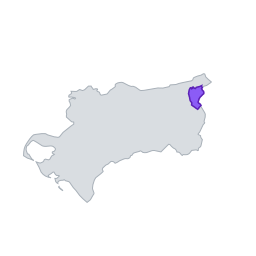 Dostluk, Chardzhou, Turkmenistan shown in context, rotated 313°
{"feature_id": "10190150B13703090222147", "entity_name": "Dostluk", "entity_type": "district", "adm_level": 2, "iso_a3": "TKM", "parent_name": "Turkmenistan", "parent_adm1": "Chardzhou", "projection": "albers", "projection_center": [65.017, 37.433], "detail": "fine", "context": "in_parent", "style": "filled", "palette": "violet", "viewbox_px": 256, "rotation_deg": 313, "n_neighbors": 0, "source": "geoboundaries", "source_scale": "gbopen_adm2", "svg_char_len": 4728}
<svg xmlns="http://www.w3.org/2000/svg" viewBox="0 0 256 256"><g transform="rotate(313 128 128)"><path d="M80.5,83.5L90.7,85.0L93.8,85.7L95.3,84.3L95.2,84.0L94.8,83.6L94.1,82.5L94.0,75.5L95.0,74.5L96.1,73.9L97.7,71.8L98.6,71.2L99.8,70.8L103.7,70.9L105.4,70.6L107.0,68.3L107.4,66.8L108.5,65.7L109.1,65.8L111.7,67.0L112.2,67.5L113.0,69.4L114.0,69.4L114.1,69.1L114.1,68.7L113.4,67.5L111.9,65.3L110.4,63.9L110.3,63.4L111.7,62.5L114.4,63.1L115.2,62.9L116.0,61.3L119.4,65.2L120.1,65.6L123.0,66.3L123.4,66.9L124.3,69.1L125.3,69.7L126.5,70.2L131.7,70.5L133.2,72.1L133.5,72.4L133.1,73.4L132.9,75.4L132.5,76.1L132.7,76.5L134.5,77.4L135.6,78.7L135.6,79.2L135.3,79.6L134.4,79.4L134.0,79.9L133.9,80.9L134.5,81.9L134.6,82.8L133.6,84.8L133.6,85.6L133.8,86.1L138.4,89.4L139.2,89.5L143.8,89.2L144.7,89.6L148.7,90.4L149.8,90.4L150.6,89.4L151.3,89.0L152.0,89.1L153.9,89.7L155.9,91.1L157.2,92.4L157.8,93.5L159.5,99.5L160.6,102.0L162.0,103.3L163.0,105.7L163.7,110.8L164.2,111.9L166.4,114.0L177.6,122.5L181.0,126.3L186.3,129.9L188.3,129.5L192.5,133.4L195.2,134.8L198.6,137.1L205.9,142.3L207.5,142.5L209.2,141.7L210.8,142.2L213.5,143.5L216.5,145.4L219.0,146.1L219.7,146.9L219.8,147.4L218.4,150.0L218.3,153.2L218.5,157.5L217.8,157.6L212.8,156.5L208.1,153.8L206.9,154.7L206.4,155.6L205.2,159.4L198.8,159.6L195.0,161.4L191.5,173.6L190.8,175.1L188.6,177.0L184.9,179.0L184.3,179.7L184.2,180.5L183.7,180.7L181.7,180.7L173.8,183.2L172.1,183.2L171.4,183.4L171.1,183.8L171.9,186.3L171.2,187.0L170.6,188.2L170.2,190.3L164.9,193.4L163.8,193.8L161.8,193.4L160.7,193.7L159.5,194.7L159.0,194.4L158.8,193.4L158.3,192.6L155.1,189.9L151.4,190.2L150.0,189.9L148.9,189.4L147.3,187.9L146.2,186.4L145.1,186.5L144.8,185.8L144.8,185.0L145.1,184.0L145.1,182.2L144.5,180.9L143.8,180.3L144.7,178.2L144.8,176.6L144.3,174.9L144.2,172.4L144.5,170.0L143.8,168.8L133.0,168.4L129.5,162.6L128.0,161.1L122.8,158.4L121.4,157.1L120.3,155.6L120.1,153.7L119.6,152.5L118.7,152.3L114.7,149.8L113.1,149.1L110.8,149.5L109.5,148.8L107.9,149.5L107.2,149.5L105.5,148.9L103.6,146.7L101.9,145.8L98.3,144.2L95.8,143.6L93.6,142.7L93.4,142.4L93.5,140.6L93.2,139.9L92.6,139.0L91.8,138.3L87.9,138.0L86.2,137.2L84.7,137.0L81.6,136.8L80.6,137.2L80.0,137.7L79.4,139.3L79.1,139.5L76.1,139.3L69.7,138.3L67.0,138.9L62.6,141.0L60.0,142.9L59.2,143.7L57.3,147.4L56.7,147.9L55.8,148.2L55.0,148.2L51.0,149.2L49.5,149.4L45.7,148.8L45.5,143.1L45.7,138.6L46.8,132.6L47.1,128.6L48.4,122.7L48.4,121.2L46.8,118.3L46.7,116.5L45.6,116.2L43.9,114.5L42.1,113.6L41.2,113.5L40.3,113.8L39.6,114.6L39.3,113.2L39.5,111.7L41.3,108.9L42.1,109.9L43.2,110.4L46.1,110.5L45.9,109.5L44.6,108.2L44.5,106.8L44.8,105.4L45.3,104.1L44.9,103.5L44.3,103.1L42.8,103.0L38.9,102.0L38.2,103.5L39.1,105.7L37.6,103.1L36.6,100.5L36.2,97.6L36.5,94.5L38.6,89.8L40.6,83.9L41.8,86.7L42.8,87.9L45.1,88.9L46.3,88.9L47.7,88.4L48.9,88.8L50.5,91.6L51.8,92.1L54.8,91.4L56.2,91.3L57.3,91.9L58.5,92.1L58.1,90.8L58.1,89.6L58.9,89.0L61.0,90.0L62.9,89.5L63.3,89.2L63.5,88.2L63.5,86.1L63.2,85.2L62.3,83.8L58.6,80.5L57.4,79.1L56.5,77.5L55.4,71.3L54.5,67.4L54.0,66.9L51.7,66.3L47.3,66.7L45.8,66.3L45.0,66.6L43.0,67.9L42.0,69.2L40.5,72.2L41.2,73.3L39.8,78.5L40.0,80.9L39.8,81.0L38.8,78.0L37.4,75.0L36.5,70.5L39.5,68.0L42.0,66.3L44.5,65.2L47.1,64.5L52.8,63.6L56.0,63.4L58.5,63.6L60.3,64.8L65.1,68.8L67.1,71.0L67.7,71.8L68.1,73.8L71.3,80.2L72.1,81.2L73.4,83.2L74.8,83.9L80.5,83.5ZM37.9,122.5L37.7,123.2L37.3,120.7L37.3,118.0L37.8,117.3L38.3,117.4L37.7,118.3L37.9,122.5Z" fill="#d9dde1" stroke="#a8b0b8" stroke-width="1"/><path d="M198.0,146.6L197.1,147.1L196.0,147.8L195.2,148.4L194.9,148.5L194.3,148.9L194.1,149.3L193.6,150.2L193.3,150.6L192.9,151.2L192.5,152.0L192.0,152.6L191.7,153.0L191.2,153.7L190.8,154.2L190.4,154.9L190.2,155.7L190.1,156.6L189.9,157.5L189.1,158.1L188.8,158.3L188.2,158.8L188.3,159.8L188.4,160.8L188.7,162.4L188.8,163.6L188.9,164.8L189.2,165.7L189.2,166.2L190.7,166.3L190.8,166.2L191.0,166.0L191.6,166.0L192.5,166.0L193.1,166.0L193.3,166.0L194.4,166.0L194.5,165.4L194.7,164.8L194.7,164.1L194.6,163.3L194.4,162.8L194.5,162.1L194.7,161.6L195.3,161.3L196.1,161.0L196.9,160.5L197.5,160.1L198.1,160.2L198.9,159.8L199.5,159.7L201.9,159.8L202.8,159.8L203.5,159.8L203.9,159.9L204.8,160.0L205.2,159.6L205.5,159.5L206.0,158.8L206.4,158.2L206.3,156.8L206.7,155.8L207.0,154.9L207.5,154.9L208.3,154.9L208.4,153.9L208.6,153.4L208.9,153.0L209.2,152.9L208.8,152.7L208.4,152.6L207.5,152.3L206.6,151.7L205.8,151.2L205.7,151.1L205.1,150.7L204.3,150.2L203.9,150.3L203.4,150.3L202.9,150.3L202.9,150.2L202.7,150.1L202.4,149.7L202.4,149.4L202.4,148.6L202.4,147.6L201.9,147.5L201.3,147.9L201.0,148.2L200.5,147.9L200.3,147.8L200.0,147.7L200.2,147.1L200.5,146.6L200.1,146.3L199.7,146.2L198.9,146.4L198.0,146.6Z" fill="#8b5cf6" stroke="#5b21b6" stroke-width="1.5"/></g></svg>